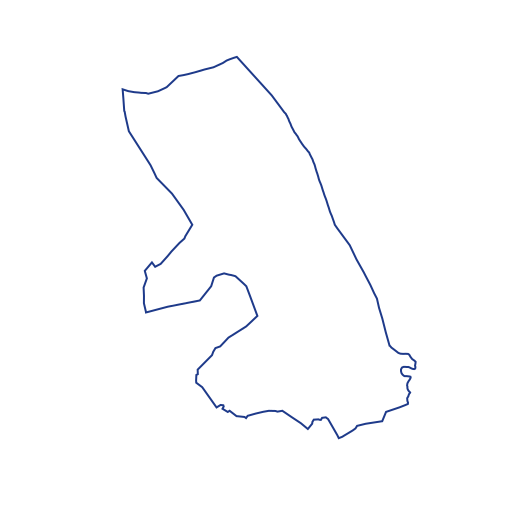 the district of Al Khabt, Al Mahwit, Yemen, rotated 73°
{"feature_id": "15242507B38979687993387", "entity_name": "Al Khabt", "entity_type": "district", "adm_level": 2, "iso_a3": "YEM", "parent_name": "Yemen", "parent_adm1": "Al Mahwit", "projection": "albers", "projection_center": [43.386, 15.485], "detail": "fine", "context": "isolated", "style": "outline", "palette": "blue", "viewbox_px": 512, "rotation_deg": 73, "n_neighbors": 0, "source": "geoboundaries", "source_scale": "gbopen_adm2", "svg_char_len": 3592}
<svg xmlns="http://www.w3.org/2000/svg" viewBox="0 0 512 512"><g transform="rotate(73 256 256)"><path d="M60.0,216.1L60.0,219.1L60.1,221.4L60.2,223.7L60.5,227.0L61.7,231.1L61.8,231.7L63.1,241.5L62.6,250.5L62.5,259.5L62.2,267.7L61.8,272.6L61.2,277.5L68.4,292.0L68.7,293.6L69.8,301.6L69.3,311.6L68.0,313.5L66.4,318.1L65.5,320.1L63.7,324.6L60.9,330.1L57.6,334.8L67.1,336.9L78.8,339.6L79.6,339.4L84.6,340.0L99.5,341.1L101.7,340.5L135.1,331.2L138.4,330.3L147.2,328.9L152.3,328.2L171.8,318.1L190.7,311.7L207.5,307.8L216.4,317.8L218.4,319.4L221.1,325.3L227.0,335.6L230.2,340.4L235.7,349.5L236.8,355.6L231.7,357.4L237.7,366.7L245.5,366.9L253.3,372.7L261.4,374.8L268.4,377.0L277.4,377.6L277.8,377.7L277.9,376.7L277.9,376.1L278.3,365.5L278.7,355.2L282.1,322.7L271.8,307.7L264.3,302.5L263.3,299.4L263.3,291.6L265.9,287.4L267.0,285.2L267.4,284.6L268.3,283.1L269.1,281.9L269.4,281.5L272.6,279.6L279.2,275.7L282.1,274.1L292.7,273.4L313.7,272.2L320.5,286.0L326.0,306.2L332.0,316.7L332.2,321.7L335.1,324.9L337.9,327.0L338.1,327.3L347.6,345.0L352.0,346.2L352.3,347.8L357.6,349.7L359.7,350.2L365.7,345.8L368.4,344.9L389.3,338.0L388.1,333.4L389.2,330.9L390.5,330.9L392.3,332.7L396.9,328.6L396.3,326.5L403.5,321.4L404.0,320.1L406.6,314.0L408.1,312.9L406.4,310.7L406.6,302.2L407.1,294.7L407.8,289.0L409.9,282.7L411.1,281.0L411.7,276.3L411.7,276.1L414.4,273.9L420.5,269.0L429.0,262.0L436.6,257.0L432.8,251.3L431.2,250.6L429.4,248.6L430.5,244.0L431.1,243.3L431.7,241.9L430.1,240.1L430.7,236.4L431.6,235.8L432.9,234.8L434.5,234.4L451.2,230.6L454.4,230.1L454.1,226.3L453.6,224.5L451.1,214.5L450.0,211.3L448.0,209.0L448.5,200.2L450.9,183.6L443.1,177.2L442.7,163.1L442.2,156.6L442.0,154.9L442.0,154.3L441.9,154.0L440.7,153.5L438.8,153.6L436.2,153.0L435.6,152.4L434.9,151.5L433.8,150.8L432.5,149.7L432.1,149.0L431.6,148.5L430.9,148.8L429.8,149.4L428.8,149.7L427.5,149.9L426.4,149.8L425.3,149.4L424.1,149.4L423.4,149.1L422.0,148.4L421.2,147.6L420.4,146.8L419.5,145.6L418.8,144.8L418.1,144.1L417.3,143.6L416.9,143.6L416.6,143.6L416.0,144.6L415.3,146.2L414.8,147.4L414.4,148.9L413.8,149.6L412.2,150.6L410.5,151.1L408.5,151.0L406.9,150.5L405.9,149.6L405.3,148.8L405.2,147.3L405.7,145.6L406.3,144.1L406.6,142.9L407.3,141.9L409.0,140.2L409.8,139.1L410.4,137.8L410.2,136.7L408.8,136.0L407.4,136.0L405.7,135.1L403.9,134.3L402.5,135.0L400.2,136.8L397.5,137.8L395.2,138.3L394.1,139.2L393.3,141.4L392.6,144.0L391.6,146.5L390.3,148.2L388.0,149.8L385.6,151.5L383.0,153.4L382.6,153.5L381.1,154.2L380.5,154.4L380.5,154.5L366.8,154.2L352.9,153.5L341.5,153.5L332.1,152.8L326.1,153.9L317.2,155.1L306.6,157.1L303.2,157.7L288.6,160.9L273.1,163.2L253.5,170.1L249.2,171.5L248.5,171.5L246.4,171.5L244.3,171.6L242.0,171.7L239.7,171.8L237.4,172.1L235.1,172.3L232.9,172.3L231.8,172.3L230.7,172.3L228.6,172.4L226.1,172.4L223.6,172.4L221.4,172.5L219.2,172.7L217.0,172.8L214.8,172.8L213.2,172.9L211.0,172.9L209.2,172.9L207.6,172.9L205.1,173.1L203.4,173.3L201.7,173.4L200.2,173.4L198.3,173.3L198.0,173.3L196.9,173.3L196.4,173.3L194.8,173.3L193.2,173.4L191.0,173.4L190.4,173.4L189.4,173.4L187.5,173.3L185.5,173.3L183.3,173.6L181.6,173.7L180.2,173.7L178.2,174.1L175.9,174.5L174.2,174.8L172.6,174.9L171.1,175.7L169.4,176.3L167.9,176.9L166.5,177.6L165.1,178.2L163.6,178.7L163.0,178.9L162.2,179.2L160.4,179.7L158.8,180.2L156.6,180.8L155.0,181.0L153.5,181.3L152.0,181.9L150.6,182.3L149.1,183.0L147.4,183.3L145.7,183.6L144.2,183.9L142.7,184.2L141.1,184.3L139.5,184.4L137.7,184.7L136.1,184.9L134.5,184.9L133.0,185.2L131.4,185.4L131.1,185.4L129.8,185.8L128.8,185.9L126.7,187.0L107.0,194.0L60.0,216.1Z" fill="none" stroke="#1e3a8a" stroke-width="2"/></g></svg>